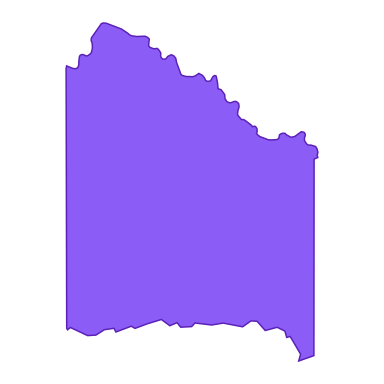 the district of Red River, Texas, United States of America
{"feature_id": "52423323B35361747398086", "entity_name": "Red River", "entity_type": "district", "adm_level": 2, "iso_a3": "USA", "parent_name": "United States of America", "parent_adm1": "Texas", "projection": "robinson", "projection_center": [-95.01, 33.64], "detail": "fine", "context": "isolated", "style": "filled", "palette": "violet", "viewbox_px": 384, "rotation_deg": 0, "n_neighbors": 0, "source": "geoboundaries", "source_scale": "gbopen_adm2", "svg_char_len": 1917}
<svg xmlns="http://www.w3.org/2000/svg" viewBox="0 0 384 384"><path d="M286.7,337.4L290.2,336.5L300.6,354.2L298.7,361.0L313.9,355.6L314.1,159.1L317.8,157.5L317.2,155.3L317.9,152.2L317.0,148.8L315.6,146.5L311.0,145.1L308.4,145.1L306.7,144.0L304.6,140.9L304.4,138.3L305.3,135.4L305.1,133.9L304.4,132.6L303.2,132.1L301.3,131.7L294.9,136.4L291.0,137.3L286.4,134.8L285.1,133.4L282.7,133.2L280.8,133.9L279.5,134.8L279.0,137.6L278.1,138.9L276.9,139.6L272.1,139.9L268.7,139.9L259.9,136.6L257.6,134.8L256.5,133.2L257.2,131.5L257.0,128.7L255.6,126.6L254.6,126.2L252.5,126.7L251.5,125.3L245.4,120.6L243.7,119.6L241.4,119.5L237.8,115.3L237.6,113.6L237.8,111.2L239.0,107.3L239.0,105.7L238.6,103.5L237.9,102.8L236.8,101.9L235.7,101.4L233.9,101.5L232.2,102.3L230.7,102.7L229.0,102.6L227.0,101.7L225.0,98.7L224.7,94.6L221.1,89.7L218.1,88.7L217.5,82.7L216.2,76.1L215.0,75.5L214.2,75.7L212.9,76.7L210.6,80.7L209.8,81.1L207.5,81.3L205.7,80.6L204.5,77.9L202.4,75.3L198.8,73.4L195.3,75.9L192.7,76.7L186.1,76.5L182.0,75.3L181.0,74.5L176.6,62.5L175.7,58.1L173.7,55.8L171.2,54.7L167.8,56.4L165.6,59.1L162.8,59.1L161.2,57.7L160.6,55.9L160.8,53.1L159.2,50.4L158.2,49.2L157.1,48.4L153.8,48.8L149.8,47.3L148.7,45.8L148.7,44.2L149.3,39.1L147.7,37.4L144.9,36.2L136.8,36.5L134.0,36.1L131.7,35.8L129.3,34.7L128.4,33.7L121.6,29.1L106.2,23.2L103.1,23.0L101.3,23.7L91.4,37.9L91.1,40.0L91.4,41.3L92.1,42.9L92.4,46.6L92.3,48.7L91.3,52.7L90.2,54.0L87.8,55.6L86.6,56.0L82.8,54.5L81.5,54.7L80.4,55.1L79.6,56.1L79.3,57.3L78.8,62.1L78.8,64.6L78.0,67.3L76.0,68.7L73.0,68.5L66.6,65.9L66.1,68.7L66.7,328.4L67.6,329.8L70.4,327.5L87.6,335.6L95.9,335.1L104.4,329.7L114.0,328.3L115.9,332.0L131.3,326.2L135.0,328.4L147.3,323.8L161.4,319.5L169.8,325.7L177.1,322.7L180.7,327.2L191.7,326.6L195.0,323.0L211.6,325.0L223.2,323.1L242.6,326.8L251.0,320.9L257.1,321.3L265.2,330.5L277.2,327.3L284.9,331.1L286.7,337.4Z" fill="#8b5cf6" stroke="#5b21b6" stroke-width="1.5"/></svg>